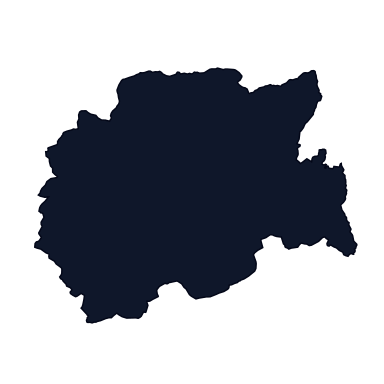 Dien Bien Dong, Điện Biên, Vietnam, rotated 266°
{"feature_id": "81297802B35707987060986", "entity_name": "Dien Bien Dong", "entity_type": "district", "adm_level": 2, "iso_a3": "VNM", "parent_name": "Vietnam", "parent_adm1": "Điện Biên", "projection": "natural_earth1", "projection_center": [103.27, 21.233], "detail": "fine", "context": "isolated", "style": "filled", "palette": "ink", "viewbox_px": 384, "rotation_deg": 266, "n_neighbors": 0, "source": "geoboundaries", "source_scale": "gbopen_adm2", "svg_char_len": 5970}
<svg xmlns="http://www.w3.org/2000/svg" viewBox="0 0 384 384"><g transform="rotate(266 192 192)"><path d="M83.9,73.3L77.1,78.8L76.4,79.0L76.3,79.8L75.9,80.1L75.2,79.8L73.7,78.6L72.8,78.6L71.5,77.8L69.7,78.0L69.2,78.8L69.1,81.2L68.4,83.2L69.0,85.4L68.9,87.2L69.5,88.6L70.0,91.7L71.8,97.1L72.4,100.4L72.2,102.8L74.3,105.3L76.3,108.3L76.2,108.8L74.9,110.1L72.5,113.6L70.8,118.0L70.4,127.2L69.8,129.5L70.5,131.2L71.6,132.7L75.3,135.0L75.6,135.4L75.2,137.3L75.4,137.6L82.0,140.1L85.5,139.2L86.1,139.3L86.3,139.6L86.0,140.7L86.1,142.3L87.7,145.4L90.0,150.9L90.4,151.1L92.7,150.2L96.0,149.9L97.2,150.3L100.1,152.9L102.9,158.8L102.3,159.8L102.2,161.2L103.5,163.3L103.3,163.7L104.3,170.7L103.9,171.6L101.2,175.3L97.5,177.4L95.6,179.4L89.8,182.3L88.1,184.1L85.1,188.5L85.7,191.7L86.4,199.0L86.2,202.7L88.2,209.0L89.3,211.9L90.5,216.8L92.4,220.6L93.2,221.6L94.1,222.1L96.5,222.6L96.7,225.1L97.9,228.2L98.5,230.9L100.0,232.7L99.9,233.6L100.7,234.6L101.7,237.9L104.2,242.6L108.7,249.0L111.3,250.4L116.0,251.0L117.8,250.9L124.7,249.0L125.5,249.1L127.0,250.3L129.3,253.6L131.6,258.7L138.5,257.3L140.0,257.6L141.3,262.5L143.7,266.6L143.9,267.4L143.7,269.2L142.6,271.1L141.7,273.5L140.8,278.0L133.9,279.6L132.5,280.9L130.8,281.0L130.0,281.9L129.5,283.3L128.3,284.6L129.1,287.0L129.6,293.6L132.0,295.5L133.1,296.9L133.4,297.7L132.4,300.6L132.0,303.0L130.4,305.2L130.6,307.4L133.9,314.8L137.4,319.0L137.7,319.9L137.9,321.4L136.1,322.8L135.0,324.7L133.5,324.4L131.5,323.2L130.8,323.0L129.3,323.3L128.8,323.9L128.5,325.0L129.4,326.2L129.4,326.8L127.3,329.8L126.2,332.2L123.4,334.9L121.5,338.2L118.9,339.0L117.7,341.1L117.0,343.2L118.7,344.6L119.4,345.9L119.4,346.9L118.6,348.4L118.6,348.9L120.0,349.0L120.7,350.1L121.4,350.5L122.8,350.6L123.7,350.0L124.5,351.4L126.2,351.9L127.5,352.7L128.4,352.7L131.7,349.9L137.3,349.2L138.5,348.7L141.2,346.8L143.9,348.0L148.2,346.1L150.5,346.5L151.1,345.6L153.0,344.3L155.9,344.3L157.6,342.9L159.3,342.8L163.6,340.3L168.4,339.4L169.1,339.8L171.1,342.3L173.3,344.1L174.6,344.7L176.7,344.5L179.6,346.0L181.0,345.9L182.8,346.5L183.6,346.3L184.9,345.2L187.8,346.3L189.3,345.8L191.0,346.1L193.7,346.1L194.7,345.6L197.9,345.7L199.2,344.4L200.6,343.5L201.2,343.6L202.6,344.6L203.6,345.0L207.3,343.2L208.3,342.9L210.1,342.9L209.8,342.1L209.1,341.7L206.9,340.9L206.7,340.1L207.6,335.4L205.8,334.6L205.4,334.0L206.1,330.6L206.7,330.0L208.2,329.6L208.5,329.0L207.8,327.9L206.4,327.1L206.4,326.5L206.7,326.1L207.4,326.1L208.6,327.2L209.9,327.9L210.4,327.1L209.8,325.9L209.9,325.1L210.6,323.7L211.2,323.7L212.6,324.0L213.8,325.8L215.2,326.8L217.7,327.5L219.7,327.2L221.2,328.4L224.5,328.2L225.4,326.9L225.5,325.2L225.1,324.2L225.2,322.2L225.0,321.8L223.2,321.6L221.6,321.0L220.5,321.0L219.6,320.4L219.0,319.8L219.0,316.8L218.2,314.9L216.9,314.2L213.8,313.4L217.1,308.9L213.7,303.9L212.8,302.1L213.9,301.4L216.2,299.1L216.6,298.3L217.0,298.3L218.8,298.6L221.6,300.3L222.6,300.5L225.9,300.5L227.9,300.0L229.3,301.2L229.9,302.7L231.2,303.2L231.6,303.0L231.8,302.6L232.5,300.3L233.0,300.1L237.3,302.5L244.5,303.8L245.4,305.1L248.4,307.6L251.4,309.1L252.7,310.1L253.9,311.8L260.9,318.4L262.8,318.7L264.7,319.8L266.0,320.1L267.8,321.5L270.8,322.3L273.3,323.5L274.0,324.3L274.2,326.2L274.9,326.8L278.4,328.1L279.1,327.7L279.4,327.0L281.0,327.2L282.5,325.4L284.7,325.9L288.5,324.4L290.1,324.1L291.7,324.3L293.6,325.0L296.2,324.1L299.8,323.9L301.3,323.4L303.6,323.2L304.4,322.3L304.6,321.6L304.5,319.5L303.1,317.5L302.7,315.6L303.1,313.1L302.8,311.4L298.9,306.3L297.4,305.4L297.7,303.9L296.8,300.4L297.2,297.9L297.0,296.9L294.2,293.9L292.6,289.3L291.3,288.0L291.3,287.6L292.3,284.6L292.0,282.9L292.7,280.7L292.4,279.4L293.5,278.0L293.6,277.4L292.7,274.8L292.6,272.5L291.8,271.1L291.1,266.3L289.5,264.4L288.8,262.0L287.0,260.2L286.8,257.6L286.2,256.4L286.4,255.6L290.8,254.2L292.3,252.1L292.5,250.8L293.4,249.1L295.5,246.6L297.3,245.2L298.1,245.2L299.1,245.7L299.9,247.3L300.6,248.0L303.3,249.7L304.3,249.8L307.8,247.3L310.2,244.4L310.8,243.5L311.2,242.3L312.2,235.5L312.3,233.8L311.9,231.7L313.8,226.2L313.7,225.6L313.1,224.3L313.4,220.4L313.2,218.5L310.3,213.0L310.0,211.9L310.0,207.8L311.1,205.5L310.9,204.1L311.4,203.1L311.3,202.5L310.2,201.2L309.8,200.2L310.0,199.0L310.5,198.0L310.0,195.5L311.0,192.6L310.5,188.9L312.2,187.6L312.6,186.1L312.3,185.5L310.5,184.2L308.9,177.9L309.7,174.6L312.1,170.6L313.2,170.1L314.6,168.2L314.2,166.5L314.5,163.8L314.1,160.9L315.5,158.8L315.6,157.3L314.4,152.8L314.3,150.8L314.6,148.7L313.5,147.2L312.9,144.8L311.8,142.6L310.7,137.7L309.2,132.4L309.2,131.1L308.2,129.6L303.9,126.6L298.9,124.3L297.2,124.4L294.7,125.1L291.4,125.3L287.8,126.0L285.9,125.5L284.7,124.9L282.8,123.1L281.4,122.5L278.3,118.5L276.1,116.9L273.7,116.1L272.0,116.7L271.0,116.6L268.4,114.7L269.7,110.6L270.1,106.8L272.5,103.3L275.2,101.4L276.7,96.4L278.5,93.8L280.4,91.9L280.6,87.2L279.6,85.5L276.8,84.3L272.8,84.3L269.6,82.6L263.3,83.0L263.0,82.6L262.6,80.3L263.1,78.1L262.3,76.2L261.4,71.5L260.4,68.4L259.4,67.4L258.3,67.3L256.8,65.9L255.9,65.4L253.5,62.6L252.4,62.4L252.1,61.5L250.5,61.4L248.7,61.0L246.1,51.7L245.7,51.3L244.0,51.5L243.0,51.3L242.3,49.9L242.4,48.9L238.0,49.0L235.4,52.0L232.3,51.9L227.8,52.7L225.6,54.6L221.5,54.4L219.1,56.4L216.8,58.9L215.8,58.2L215.2,52.2L212.5,48.0L209.1,46.2L206.0,42.6L203.4,41.0L201.5,40.4L199.7,38.5L198.5,40.3L197.0,44.8L197.1,48.5L193.0,44.8L190.5,41.6L188.7,40.0L187.0,39.0L183.5,38.0L182.3,39.4L181.7,39.8L181.7,40.6L180.9,41.7L177.1,42.6L172.4,39.4L170.2,39.3L168.5,40.1L167.8,40.0L161.9,36.3L160.9,36.4L157.4,38.5L156.9,38.4L154.1,36.2L153.4,35.1L153.1,33.3L151.6,31.9L147.9,31.3L146.9,33.4L145.6,37.2L141.5,42.1L140.2,44.8L139.4,45.2L138.1,44.7L136.0,44.9L132.6,49.9L129.7,51.5L125.7,56.2L124.7,56.7L123.5,56.8L119.8,56.4L118.1,55.5L116.5,54.1L114.7,54.9L113.6,56.6L112.0,57.3L108.8,60.0L106.9,60.4L105.0,64.0L103.1,65.3L102.4,65.2L100.7,63.5L99.9,63.5L99.1,63.8L97.3,66.0L95.7,68.5L96.0,69.9L98.6,74.3L96.4,77.5L92.3,76.7L86.9,75.2L84.9,74.3L83.9,73.3Z" fill="#0f172a" stroke="#020617" stroke-width="1.5"/></g></svg>